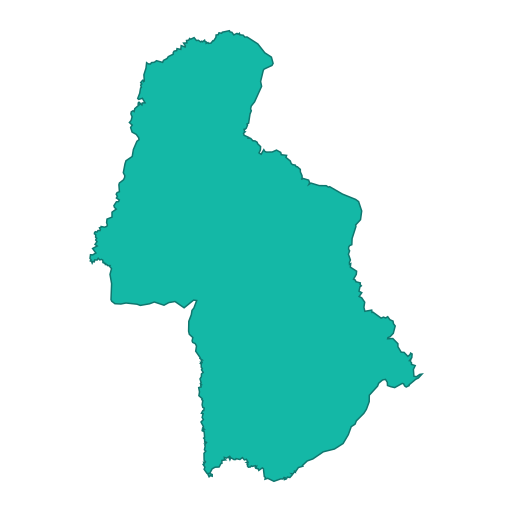 the district of Mafinga, Muchinga, Zambia
{"feature_id": "96606910B74743827741249", "entity_name": "Mafinga", "entity_type": "district", "adm_level": 2, "iso_a3": "ZMB", "parent_name": "Zambia", "parent_adm1": "Muchinga", "projection": "orthographic", "projection_center": [33.262, -10.323], "detail": "fine", "context": "isolated", "style": "filled", "palette": "teal", "viewbox_px": 512, "rotation_deg": 0, "n_neighbors": 0, "source": "geoboundaries", "source_scale": "gbopen_adm2", "svg_char_len": 6023}
<svg xmlns="http://www.w3.org/2000/svg" viewBox="0 0 512 512"><path d="M422.0,374.1L419.8,374.4L416.5,376.7L413.9,376.2L413.4,369.4L415.2,365.6L411.5,364.4L411.5,362.8L410.3,361.3L410.7,360.0L409.8,360.2L411.8,357.7L412.1,354.0L410.6,353.1L410.1,354.5L407.9,356.4L404.1,352.4L401.2,352.2L397.9,346.7L397.9,343.7L392.8,338.5L387.6,338.8L387.9,337.6L390.1,336.7L393.3,333.3L395.2,326.0L393.5,323.8L393.0,321.1L389.9,319.7L387.7,316.7L385.6,318.0L383.5,317.1L381.1,318.1L373.0,312.2L372.0,312.4L371.7,310.1L364.9,311.3L363.9,307.3L364.7,302.2L361.7,297.8L359.1,296.5L361.8,292.7L359.0,291.2L359.9,286.9L361.3,285.8L360.1,284.5L360.3,282.9L355.9,281.7L355.3,280.1L353.5,279.2L356.3,274.4L356.6,271.2L350.3,267.1L350.7,263.7L349.5,264.3L349.4,262.2L350.4,260.0L348.4,254.2L349.6,250.8L348.6,249.2L348.7,246.9L349.8,245.5L351.8,244.7L352.1,238.5L355.9,226.6L355.7,224.9L360.5,219.7L361.7,211.0L358.6,201.6L355.6,199.4L342.5,194.1L329.7,186.7L328.4,187.1L326.2,185.7L319.2,185.6L311.0,183.1L308.9,184.4L309.7,182.9L308.6,180.1L303.2,178.5L301.2,179.4L302.2,178.5L302.0,175.6L300.4,172.0L300.3,169.4L297.4,166.8L296.1,166.6L295.3,165.1L292.5,164.6L291.2,163.5L290.3,161.0L285.9,157.4L286.6,155.4L281.3,154.7L280.7,152.4L276.5,150.1L272.2,152.0L266.4,152.1L264.8,151.4L263.8,149.7L261.1,154.3L259.0,152.9L260.4,150.0L260.6,146.6L257.7,143.8L257.1,142.2L255.0,140.9L252.9,140.8L250.6,138.3L248.2,138.1L248.7,137.4L244.1,135.3L243.5,133.3L245.1,131.8L244.4,131.6L244.3,129.5L243.5,129.1L245.0,129.3L246.2,128.3L247.5,125.1L247.0,124.0L248.6,123.2L250.0,114.0L251.3,110.8L250.6,109.0L251.2,106.1L254.6,101.8L261.6,86.3L260.6,81.5L263.3,70.3L264.1,69.1L272.0,65.4L273.1,63.4L271.4,57.1L264.8,52.8L257.8,43.9L247.1,37.0L244.8,37.1L243.2,35.2L239.8,34.8L239.4,33.3L238.2,34.2L237.0,33.4L233.8,34.9L231.9,32.3L230.1,32.0L229.4,30.7L222.3,32.2L221.6,33.3L219.0,32.8L218.2,34.7L216.1,35.0L215.9,37.4L213.6,40.9L212.9,40.7L210.9,43.2L208.5,43.4L208.0,42.6L206.2,43.3L206.3,42.0L205.0,41.5L204.6,40.2L202.6,41.8L201.8,41.2L200.6,41.9L198.4,40.3L196.4,40.5L194.1,37.6L190.7,39.2L189.6,38.5L188.7,40.2L186.5,40.5L186.9,42.9L183.6,43.1L185.4,45.9L185.1,47.0L181.2,45.6L180.8,49.4L177.0,48.6L176.7,50.6L174.2,51.1L173.3,52.4L173.2,54.2L168.3,56.6L167.1,58.5L163.5,60.4L162.6,62.4L156.5,60.7L154.3,62.3L151.5,62.6L150.4,64.0L148.3,63.9L146.6,62.7L146.0,68.1L143.9,74.8L144.3,81.1L143.7,81.5L143.6,80.4L142.7,80.2L140.7,82.6L141.8,84.0L140.7,85.1L141.4,87.3L140.6,88.0L139.7,93.3L137.7,98.5L138.7,99.4L142.4,98.3L145.0,102.8L142.3,103.0L141.9,104.9L139.0,102.2L138.4,102.6L138.1,104.2L139.4,104.6L134.8,108.6L134.1,111.5L133.0,110.8L131.3,111.8L130.9,113.9L132.1,116.8L131.1,120.5L129.4,122.5L132.2,125.1L130.6,127.5L132.1,132.1L136.3,134.4L138.7,137.8L139.0,139.7L136.9,141.3L133.4,149.5L132.2,156.5L126.0,160.7L125.0,163.8L123.3,172.7L124.8,175.6L124.6,177.5L123.5,179.8L119.4,183.0L118.9,184.8L119.4,191.7L117.1,192.6L116.2,194.2L117.4,196.3L116.4,198.0L119.3,200.0L118.5,201.6L116.4,201.8L113.9,205.6L114.4,207.3L116.2,209.1L112.0,212.2L112.0,217.1L107.0,219.1L106.6,222.6L107.4,225.1L106.7,226.4L104.5,227.2L101.1,226.5L100.9,227.4L99.5,227.8L100.4,229.7L100.0,230.6L98.0,230.5L96.9,232.1L95.4,231.7L94.6,232.5L94.4,233.8L95.7,234.7L95.6,237.3L96.7,238.2L95.7,240.0L97.0,241.6L95.0,244.4L97.2,246.0L92.6,248.5L95.9,253.0L92.6,254.9L90.5,254.7L90.0,258.4L91.1,259.9L90.3,260.9L91.6,261.5L92.2,263.1L93.0,261.5L94.3,261.8L94.7,259.9L97.2,260.0L98.2,258.3L99.8,259.9L101.4,259.4L102.7,260.1L103.1,262.3L102.3,262.6L103.8,262.4L104.2,263.3L105.6,263.5L105.4,264.5L107.3,264.8L107.7,265.6L109.9,265.6L109.5,266.2L111.5,268.6L110.0,274.4L111.6,283.7L111.0,299.6L111.7,301.2L114.9,303.7L120.9,304.0L126.0,303.0L137.0,304.2L140.3,305.4L149.5,303.8L154.3,302.0L164.0,305.2L168.8,302.6L175.0,301.5L184.1,307.8L193.6,300.1L196.7,300.5L193.9,308.0L192.0,310.4L191.3,314.7L188.8,321.3L188.6,331.2L189.3,334.3L192.8,337.5L192.1,340.9L192.7,342.4L195.2,343.6L196.5,346.0L195.7,351.2L200.2,357.7L199.9,358.4L202.0,359.9L201.2,360.0L202.0,362.4L200.7,362.3L201.2,363.3L200.5,363.5L201.3,364.3L201.2,367.1L202.3,368.7L201.5,369.8L203.2,372.4L201.4,374.0L201.4,376.6L200.0,378.9L201.1,382.5L200.4,383.5L201.5,384.7L200.7,385.0L201.1,386.9L198.7,387.6L199.5,391.9L198.9,395.7L202.2,398.7L201.8,399.7L202.8,400.5L202.1,404.8L202.8,407.4L204.2,408.1L203.7,410.6L202.8,410.6L201.4,413.3L203.1,413.7L202.1,417.5L203.4,419.5L201.0,422.0L203.4,426.5L202.7,427.9L203.8,428.4L203.7,429.2L201.7,429.4L204.0,429.8L202.4,430.8L204.2,431.8L204.6,437.4L203.7,438.1L204.6,439.2L204.7,441.6L205.6,441.8L204.8,442.9L206.2,442.8L204.7,444.8L205.2,446.1L204.4,449.8L205.8,451.1L204.0,453.3L204.1,460.2L205.5,461.9L204.8,462.7L203.7,462.3L204.1,464.0L203.1,464.4L204.9,467.1L204.1,469.3L207.0,473.4L208.5,473.4L207.9,474.2L209.1,476.8L210.5,475.6L212.2,476.2L212.2,474.5L209.7,473.4L212.2,468.8L215.1,467.2L219.1,467.0L220.9,463.5L221.9,463.3L221.9,460.4L225.6,459.9L224.4,458.9L224.3,457.4L226.5,458.1L229.7,456.3L230.5,457.5L229.1,458.0L229.9,459.8L230.5,458.4L231.5,458.1L234.0,459.6L235.7,459.5L236.1,458.6L239.9,459.5L242.4,457.6L244.4,459.9L246.4,459.3L247.8,461.8L246.5,462.4L247.9,462.9L247.1,464.1L247.9,464.5L247.4,465.9L248.4,467.2L250.4,467.0L251.3,465.9L252.2,466.4L255.2,465.7L255.3,467.0L256.5,466.3L255.9,468.3L258.2,468.8L258.8,470.4L262.3,467.9L263.4,468.7L264.3,476.6L265.4,477.4L265.0,479.2L267.8,478.3L273.9,481.3L280.7,478.9L283.1,479.0L284.0,477.5L285.1,477.7L284.7,479.5L286.4,478.9L287.4,477.1L289.9,477.5L292.0,475.2L292.4,474.2L291.7,473.7L293.1,473.8L294.4,471.9L295.1,472.2L294.8,471.3L295.6,471.6L298.4,467.5L302.9,466.2L302.5,465.4L307.3,460.9L312.9,458.9L323.3,451.8L334.5,449.0L343.1,443.5L348.3,434.7L351.2,426.7L355.1,424.1L356.3,420.9L363.8,413.4L366.4,409.3L369.2,401.7L369.3,395.2L377.6,386.1L378.6,383.3L382.6,379.9L385.5,379.4L387.3,382.3L387.5,385.5L390.8,386.7L394.7,387.6L402.2,383.4L403.6,383.8L404.6,385.9L406.2,387.0L409.1,385.6L409.1,384.8L415.7,379.3L418.4,378.0L422.0,374.1Z" fill="#14b8a6" stroke="#0f766e" stroke-width="1.5"/></svg>